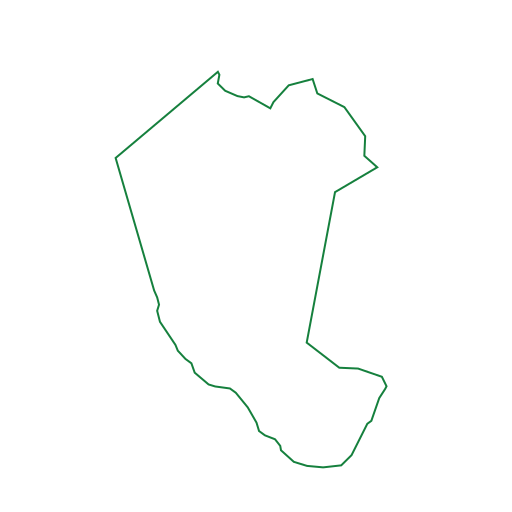 Pamlico, North Carolina, United States of America (Mercator projection), rotated 107°
{"feature_id": "52423323B84079682288186", "entity_name": "Pamlico", "entity_type": "district", "adm_level": 2, "iso_a3": "USA", "parent_name": "United States of America", "parent_adm1": "North Carolina", "projection": "mercator", "projection_center": [-76.685, 35.151], "detail": "fine", "context": "isolated", "style": "outline", "palette": "green", "viewbox_px": 512, "rotation_deg": 107, "n_neighbors": 0, "source": "geoboundaries", "source_scale": "gbopen_adm2", "svg_char_len": 803}
<svg xmlns="http://www.w3.org/2000/svg" viewBox="0 0 512 512"><g transform="rotate(107 256 256)"><path d="M91.0,346.3L203.3,418.9L318.8,343.3L324.5,338.4L330.9,334.5L337.3,334.5L347.0,328.6L364.6,307.0L369.4,303.1L375.1,293.3L377.5,286.4L385.5,280.5L392.7,263.8L392.7,256.9L390.3,242.2L392.7,235.3L403.2,219.6L415.2,206.8L422.5,201.9L424.9,195.0L425.7,184.2L430.5,177.3L434.5,175.3L441.8,159.6L441.8,145.8L438.5,130.0L431.3,113.3L418.5,106.4L383.9,100.5L379.9,97.5L355.8,96.6L345.3,93.6L342.4,93.1L334.7,100.3L333.8,125.5L338.5,143.7L324.0,182.2L171.8,199.1L135.7,166.0L128.5,181.7L109.5,186.6L87.8,215.0L82.6,244.9L70.2,253.6L83.2,274.6L103.7,284.3L110.6,285.5L105.3,309.5L107.8,313.8L108.5,320.5L107.0,333.8L102.2,343.0L93.4,344.0L91.0,346.3Z" fill="none" stroke="#15803d" stroke-width="2"/></g></svg>